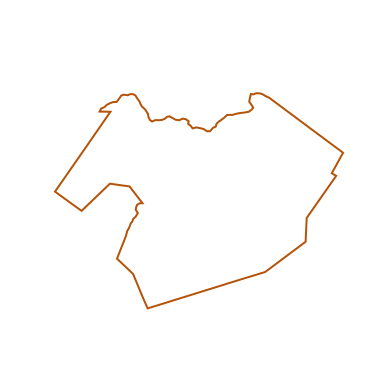 outline of São Félix do Piauí, Piauí, Brazil, rotated 304°
{"feature_id": "56859067B9162951919823", "entity_name": "São Félix do Piauí", "entity_type": "district", "adm_level": 2, "iso_a3": "BRA", "parent_name": "Brazil", "parent_adm1": "Piauí", "projection": "orthographic", "projection_center": [-42.074, -5.922], "detail": "fine", "context": "isolated", "style": "outline", "palette": "amber", "viewbox_px": 384, "rotation_deg": 304, "n_neighbors": 0, "source": "geoboundaries", "source_scale": "gbopen_adm2", "svg_char_len": 1342}
<svg xmlns="http://www.w3.org/2000/svg" viewBox="0 0 384 384"><g transform="rotate(304 192 192)"><path d="M234.6,301.6L286.0,302.5L285.7,297.4L309.0,295.3L313.3,203.1L312.7,199.9L312.5,195.7L311.6,192.9L309.8,190.0L307.2,188.3L306.1,186.0L301.9,187.6L298.8,189.0L297.5,192.6L296.1,195.6L293.6,195.4L290.3,194.2L286.8,190.6L284.4,187.7L281.8,185.2L278.6,182.4L275.5,178.0L271.8,177.2L268.8,176.2L265.2,174.8L262.3,174.2L259.4,175.1L257.0,173.5L252.6,173.0L250.8,170.7L250.7,166.5L249.5,163.0L247.9,159.4L245.1,156.9L246.1,154.0L246.4,150.7L248.8,149.7L248.9,146.2L247.5,143.1L244.3,141.3L242.7,137.8L242.4,133.9L242.1,131.0L240.4,129.3L237.7,128.6L235.0,126.8L233.2,124.7L231.1,121.4L228.1,119.5L228.2,116.8L229.8,114.0L232.1,111.9L234.2,107.1L234.9,102.6L236.2,100.0L237.8,97.6L239.0,94.2L240.4,91.2L240.1,88.4L238.8,86.3L236.2,84.5L234.5,81.0L232.4,79.4L228.9,79.4L224.5,79.1L222.6,76.5L220.1,74.6L216.6,72.6L213.3,71.9L210.3,70.0L207.0,70.4L212.9,79.5L169.0,79.0L115.7,78.2L115.3,89.4L114.6,111.0L153.0,119.3L157.4,128.4L161.7,137.1L155.0,157.2L153.3,154.9L150.7,153.7L148.2,154.2L145.9,155.2L144.2,158.9L140.1,159.1L136.9,158.3L134.2,159.0L131.6,158.8L128.1,159.7L123.2,160.2L118.7,161.8L94.8,167.1L91.1,189.0L76.3,211.4L70.7,220.3L146.4,281.0L166.6,297.4L214.3,314.0L234.6,301.6Z" fill="none" stroke="#b45309" stroke-width="2"/></g></svg>